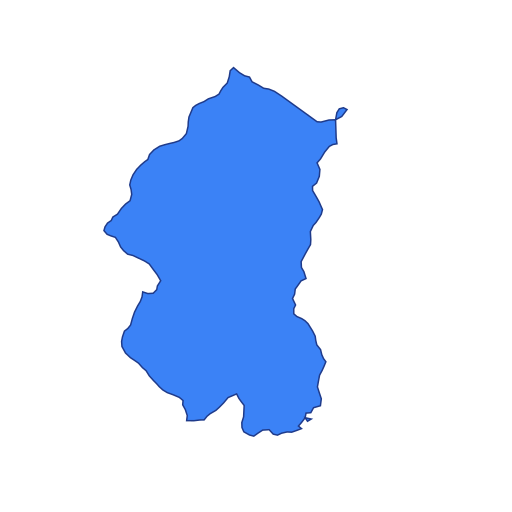 Tabatinga, São Paulo, Brazil, rotated 310°
{"feature_id": "56859067B81349085516889", "entity_name": "Tabatinga", "entity_type": "district", "adm_level": 2, "iso_a3": "BRA", "parent_name": "Brazil", "parent_adm1": "São Paulo", "projection": "albers", "projection_center": [-48.634, -21.727], "detail": "fine", "context": "isolated", "style": "filled", "palette": "blue", "viewbox_px": 512, "rotation_deg": 310, "n_neighbors": 0, "source": "geoboundaries", "source_scale": "gbopen_adm2", "svg_char_len": 2695}
<svg xmlns="http://www.w3.org/2000/svg" viewBox="0 0 512 512"><g transform="rotate(310 256 256)"><path d="M163.7,397.6L167.8,395.3L171.2,398.7L176.8,397.6L182.7,401.6L188.6,397.8L192.3,391.8L195.2,387.2L200.4,384.2L205.6,381.3L210.9,380.2L215.2,379.0L219.9,377.5L220.8,373.7L222.7,369.8L225.8,365.6L227.0,359.7L229.6,356.2L232.6,352.9L234.9,347.6L237.6,339.3L237.9,335.1L237.4,331.2L235.9,326.2L236.0,322.1L239.9,318.8L243.9,317.8L246.9,311.3L251.6,310.1L255.9,307.3L261.4,306.9L265.9,306.5L270.9,308.8L274.8,302.7L276.4,298.2L280.7,294.2L289.6,292.3L294.3,291.4L299.8,290.4L303.7,287.5L309.7,281.9L316.2,280.2L320.2,280.4L326.1,279.8L330.1,279.1L334.3,277.1L336.3,273.0L338.0,269.6L339.6,265.4L341.2,261.0L342.5,257.3L345.7,254.5L350.8,255.5L357.7,253.3L363.4,249.3L366.6,242.9L371.9,243.0L379.8,241.8L387.1,241.7L390.8,243.2L394.0,245.9L398.1,241.4L407.7,232.8L411.5,229.4L407.1,224.5L400.4,219.7L398.1,216.5L395.0,173.0L394.0,164.3L392.1,158.5L389.4,154.0L388.5,148.0L386.9,141.0L388.9,136.0L386.7,131.4L385.8,125.5L385.9,117.7L381.4,117.1L376.1,120.3L370.0,122.8L363.9,122.3L359.9,122.8L356.2,123.6L351.9,122.2L345.8,118.5L340.8,116.9L336.3,114.5L332.6,113.0L329.1,112.3L319.4,115.3L315.2,117.9L311.7,120.6L305.0,124.0L298.7,124.0L294.7,123.0L290.2,120.2L287.2,117.9L282.8,114.7L278.2,111.7L271.7,109.6L265.4,109.2L260.4,111.1L256.9,110.2L251.6,109.3L245.7,108.9L239.2,109.6L233.7,111.3L229.3,113.6L226.6,117.6L223.3,121.2L217.4,124.0L212.0,122.7L205.9,122.3L199.0,123.0L193.9,121.3L190.1,122.3L185.8,121.1L181.3,121.6L177.7,123.2L176.9,128.0L178.1,131.8L179.9,136.3L178.3,141.6L175.9,146.5L175.0,151.1L174.9,156.5L177.3,161.4L178.8,167.2L180.5,173.6L181.3,179.3L179.5,186.6L178.2,192.3L175.8,198.9L169.7,199.7L166.4,201.6L161.4,201.2L157.7,197.3L155.7,192.3L151.4,195.0L146.8,196.6L141.7,197.4L135.0,199.0L128.8,201.4L122.5,204.3L118.1,204.4L113.9,203.5L108.2,205.7L104.1,208.0L100.5,211.5L97.8,218.4L97.4,225.2L98.0,230.4L98.4,234.9L97.5,240.8L97.5,245.5L95.6,251.3L94.7,257.6L94.3,262.0L93.7,265.9L93.5,270.7L94.3,275.8L96.4,281.6L98.4,288.1L98.4,293.0L94.9,295.5L92.9,300.6L89.6,305.9L85.3,308.7L89.9,314.3L94.3,318.4L97.1,321.6L101.8,321.5L105.6,322.2L112.0,324.5L116.4,325.1L122.5,325.6L129.6,325.6L137.9,329.8L135.9,334.5L134.9,338.5L133.9,343.0L124.8,349.9L119.3,352.2L115.6,355.5L113.5,359.7L114.7,366.1L116.6,370.1L121.6,371.4L126.9,373.0L131.4,377.7L130.6,383.7L132.6,387.6L136.7,389.5L141.2,392.9L144.0,396.6L148.7,399.4L153.0,401.8L153.0,397.8L157.4,397.9L163.7,397.6ZM411.5,229.4L418.0,232.0L422.3,231.8L426.7,231.6L425.8,227.7L422.3,225.2L417.8,225.8L411.5,229.4ZM163.7,397.6L162.5,401.7L166.6,403.1L163.7,397.6Z" fill="#3b82f6" stroke="#1e3a8a" stroke-width="1.5"/></g></svg>